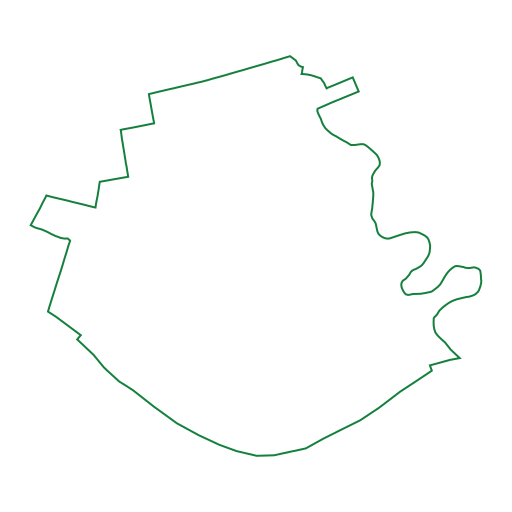 Islaz, Romania
{"feature_id": "2599482B76423000679583", "entity_name": "Islaz", "entity_type": "district", "adm_level": 2, "iso_a3": "ROU", "parent_name": "Romania", "parent_adm1": "", "projection": "albers", "projection_center": [24.743, 43.739], "detail": "fine", "context": "isolated", "style": "outline", "palette": "green", "viewbox_px": 512, "rotation_deg": 0, "n_neighbors": 0, "source": "geoboundaries", "source_scale": "gbopen_adm2", "svg_char_len": 5548}
<svg xmlns="http://www.w3.org/2000/svg" viewBox="0 0 512 512"><path d="M352.7,77.4L334.7,84.9L327.8,87.7L327.2,88.1L326.6,88.4L326.0,87.2L325.0,85.2L324.3,83.4L323.8,82.6L322.0,80.2L320.8,78.4L317.6,77.3L313.6,76.0L311.4,75.3L310.0,75.0L308.3,74.7L306.7,74.4L305.7,74.3L303.2,74.1L301.6,74.0L302.0,73.1L302.2,70.8L302.9,67.1L301.9,66.9L300.8,66.5L299.6,65.8L298.6,65.2L298.1,64.6L297.7,63.9L297.2,63.1L296.7,62.1L296.3,61.3L295.9,60.6L295.4,60.1L294.9,59.8L290.1,56.2L285.7,57.5L283.2,58.2L282.0,58.6L281.8,58.7L281.5,58.9L281.2,58.9L280.3,59.2L279.6,59.4L279.2,59.5L278.5,59.7L277.7,60.0L274.1,61.0L272.9,61.3L269.5,62.3L269.4,62.4L267.5,62.9L265.0,63.7L253.4,67.0L249.9,68.0L242.6,70.2L239.3,71.1L235.1,72.3L232.0,73.2L231.2,73.4L231.2,73.5L230.2,73.7L229.1,74.0L227.7,74.5L225.2,75.2L223.7,75.6L223.2,75.8L220.8,76.4L220.6,76.5L220.4,76.5L218.9,77.0L217.6,77.3L217.3,77.4L215.2,77.9L215.1,78.0L214.9,78.1L212.4,78.7L211.1,79.1L210.6,79.3L210.1,79.4L208.2,80.0L204.3,81.0L202.2,81.6L196.4,82.9L195.5,83.2L195.2,83.2L194.6,83.4L194.2,83.5L190.7,84.3L188.3,84.8L186.8,85.2L182.4,86.2L176.1,87.7L173.6,88.3L169.5,89.2L168.2,89.5L164.4,90.4L162.7,90.8L159.2,91.6L156.7,92.2L153.9,92.9L150.6,93.7L149.1,94.0L148.9,94.1L148.9,94.3L149.3,96.8L150.5,103.3L151.5,109.0L151.8,110.7L152.0,111.8L152.3,113.5L153.0,117.4L153.5,119.9L154.0,122.7L154.1,123.4L151.7,123.8L145.8,125.0L131.7,127.8L126.6,128.7L126.5,128.8L126.2,128.8L122.9,129.4L122.4,129.5L122.0,129.6L121.3,129.8L121.2,129.8L120.7,129.9L120.8,130.2L121.2,133.1L121.6,136.5L121.7,136.9L121.8,138.0L122.0,139.3L122.1,139.5L122.1,140.0L122.7,143.2L122.7,143.5L123.3,147.2L123.4,147.5L123.4,147.8L123.6,148.8L124.1,152.0L124.6,155.0L124.8,156.4L124.9,157.3L125.0,157.4L125.0,157.5L125.1,158.2L125.5,160.6L125.9,163.5L126.1,164.6L126.2,164.9L126.4,165.5L126.5,166.3L127.2,170.8L128.0,175.5L128.2,176.8L127.7,176.9L126.7,177.1L126.2,177.1L99.8,181.8L99.6,182.8L99.1,185.9L98.7,188.9L98.2,192.0L97.7,195.2L97.1,198.3L96.5,201.3L95.9,204.4L95.5,207.5L93.0,207.0L87.9,205.7L82.8,204.4L77.7,203.2L72.7,202.0L67.8,200.7L62.7,199.5L57.5,198.3L52.4,197.1L46.4,195.5L45.7,197.0L42.7,202.7L39.9,208.4L36.6,214.3L30.7,225.2L32.2,226.0L34.0,227.0L35.1,227.5L36.0,227.8L38.6,228.6L41.2,229.3L42.6,229.8L46.0,231.3L47.7,232.1L51.4,234.1L53.4,235.0L55.3,235.9L56.6,236.4L57.9,236.8L60.5,237.9L60.9,237.8L62.2,238.2L64.7,238.6L66.2,238.5L67.7,238.5L70.0,240.5L70.1,240.8L68.5,245.4L66.6,251.9L64.6,258.3L62.7,264.7L60.7,271.2L58.6,277.6L56.5,284.1L54.5,290.6L52.5,296.8L49.2,307.4L48.0,311.6L55.9,316.7L80.8,335.2L77.2,339.4L93.6,354.9L103.7,367.2L106.7,370.1L119.2,381.5L126.1,385.8L133.2,390.4L153.7,406.5L176.9,423.3L198.7,435.2L219.3,444.8L236.6,451.1L256.7,455.8L274.0,455.3L291.9,451.4L295.0,450.8L305.8,448.4L323.1,438.8L341.6,429.5L360.0,420.4L379.0,407.8L400.1,391.7L418.2,379.8L431.8,370.7L431.6,370.1L429.9,365.4L449.9,359.9L459.7,358.1L450.7,349.6L445.0,342.4L441.4,339.2L439.1,337.0L437.3,335.1L435.4,332.5L434.2,328.9L433.7,325.5L433.6,321.4L433.7,319.8L433.7,318.6L434.0,317.8L434.4,317.1L435.3,316.4L436.2,315.5L437.5,313.8L438.9,311.4L439.8,310.2L443.1,307.1L445.7,305.1L448.5,303.1L451.3,301.5L453.7,300.4L457.1,299.2L463.8,297.6L467.0,296.9L468.7,296.8L471.7,295.9L474.0,295.0L475.4,294.2L477.0,292.8L478.2,291.5L478.9,290.3L479.7,288.2L480.4,286.2L481.1,283.2L481.3,280.8L481.0,278.8L480.9,275.5L480.6,273.1L480.4,271.5L480.2,270.9L479.6,269.8L478.8,269.1L477.5,268.4L475.5,267.6L474.7,267.4L473.3,267.4L470.5,267.9L468.7,268.1L467.6,268.0L466.0,267.8L465.1,267.7L464.6,267.5L463.7,267.1L458.2,266.1L456.6,266.0L454.9,266.3L453.5,267.2L451.8,268.4L449.9,270.0L448.0,272.1L446.3,274.3L444.7,276.8L441.9,281.7L440.3,284.3L437.8,286.9L434.3,289.7L432.2,291.2L430.6,291.9L424.8,293.1L420.4,293.8L416.8,293.9L413.0,294.0L409.8,294.7L408.4,294.9L407.0,294.7L406.0,294.4L405.2,293.7L404.3,292.6L403.0,290.6L401.7,287.5L401.4,285.9L401.3,284.8L401.4,283.5L401.8,282.5L402.4,281.3L403.2,280.4L404.5,279.6L405.7,278.8L408.1,276.1L409.2,274.8L410.7,272.1L411.9,270.9L413.6,269.8L415.8,269.0L417.6,268.0L420.7,266.2L422.0,265.0L423.4,263.4L428.1,256.2L429.3,253.4L429.7,251.4L429.9,249.5L430.1,246.7L430.1,245.2L429.3,241.8L428.3,239.1L426.9,237.2L424.8,235.6L422.4,234.3L418.6,232.5L417.0,232.3L415.4,232.1L413.1,232.2L409.7,232.5L405.1,233.4L399.3,235.2L391.5,237.8L389.3,238.5L387.7,238.6L386.5,238.5L385.5,238.3L384.6,238.1L383.1,237.4L382.1,236.9L380.8,236.1L379.3,234.7L378.7,234.2L378.3,233.3L377.9,232.6L377.4,231.4L376.7,228.3L376.1,225.3L375.8,224.0L375.4,222.9L374.2,220.9L373.3,219.7L372.6,218.9L372.4,218.5L371.4,215.6L371.2,214.4L371.8,210.5L372.2,208.2L372.4,206.3L372.5,204.6L372.8,202.9L372.8,201.4L373.0,199.5L373.3,195.7L373.3,193.2L373.2,191.7L372.9,190.3L372.5,188.1L372.0,185.4L371.8,184.0L371.8,183.5L372.1,182.3L372.3,181.1L372.2,179.7L372.0,178.4L372.0,177.5L372.3,176.2L372.8,174.8L373.8,173.1L375.2,170.7L376.1,169.6L377.7,167.9L378.9,166.3L379.5,165.4L379.6,164.9L379.8,164.0L379.8,162.8L379.6,160.8L378.9,158.8L377.9,156.6L376.5,154.6L374.2,152.4L371.3,149.8L368.3,147.2L366.3,145.7L365.3,145.0L364.4,144.6L363.7,144.3L363.2,144.2L362.0,144.2L360.5,144.2L355.6,144.9L353.6,145.0L350.9,145.0L348.7,143.6L346.5,142.2L343.7,140.8L340.2,138.8L338.1,137.5L335.9,136.2L333.0,134.7L330.9,133.3L327.6,130.4L325.5,128.4L324.3,126.6L323.2,124.9L321.9,122.1L321.3,120.1L320.7,118.5L319.6,116.5L318.1,113.3L317.5,111.6L317.4,111.1L317.3,110.8L317.4,109.8L317.6,108.7L327.3,104.5L331.1,102.8L335.7,100.9L358.7,91.5L356.7,86.8L352.7,77.4Z" fill="none" stroke="#15803d" stroke-width="2"/></svg>